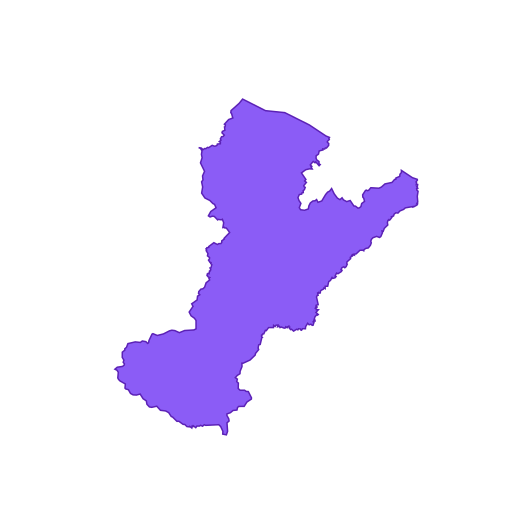 Pa Bon, Phatthalung, Thailand, rotated 333°
{"feature_id": "78962969B61161891494947", "entity_name": "Pa Bon", "entity_type": "district", "adm_level": 2, "iso_a3": "THA", "parent_name": "Thailand", "parent_adm1": "Phatthalung", "projection": "mercator", "projection_center": [100.157, 7.236], "detail": "fine", "context": "isolated", "style": "filled", "palette": "violet", "viewbox_px": 512, "rotation_deg": 333, "n_neighbors": 0, "source": "geoboundaries", "source_scale": "gbopen_adm2", "svg_char_len": 6140}
<svg xmlns="http://www.w3.org/2000/svg" viewBox="0 0 512 512"><g transform="rotate(333 256 256)"><path d="M254.1,133.4L255.4,134.9L255.6,137.8L253.5,140.7L252.6,144.0L248.8,147.8L248.6,157.2L244.7,160.4L243.3,164.1L241.2,165.2L239.8,170.3L236.1,175.3L236.8,181.1L240.1,185.6L241.4,189.7L242.5,191.2L242.3,194.9L235.9,195.8L231.8,198.6L232.8,200.4L235.2,200.7L236.8,201.8L238.2,206.4L238.9,206.2L241.5,208.0L242.7,208.0L242.3,211.7L239.4,215.6L240.7,216.0L240.7,216.6L242.3,217.7L243.2,223.1L235.5,225.8L235.4,226.5L232.4,226.9L231.6,228.4L230.3,229.0L228.6,228.1L226.8,228.2L224.5,225.0L218.2,226.1L217.8,226.9L216.0,226.3L215.3,227.2L214.7,227.0L214.6,228.5L214.0,228.7L214.3,232.0L212.8,233.8L213.9,236.3L213.2,237.5L211.8,238.1L212.1,240.7L212.9,241.4L212.2,242.1L212.7,243.6L210.5,246.1L209.6,245.8L209.5,247.6L208.6,248.5L207.8,248.2L206.2,250.5L205.5,249.7L204.2,250.0L204.1,251.0L203.5,251.2L204.0,253.2L205.0,254.2L203.9,254.6L203.8,256.3L199.4,257.2L196.0,260.5L193.8,261.1L191.8,260.5L188.9,261.7L187.8,263.2L188.3,265.0L185.7,265.2L183.6,268.4L177.0,269.4L177.0,272.3L171.0,275.6L171.0,279.8L172.9,283.5L173.3,286.2L169.5,293.7L167.1,293.7L158.6,290.0L152.9,289.5L149.8,285.6L147.3,283.9L144.9,283.4L138.2,283.4L132.0,282.0L128.9,278.4L127.9,278.4L122.3,282.7L120.9,284.5L119.8,284.7L119.0,282.3L116.1,280.1L113.7,280.5L109.4,277.7L102.1,275.9L99.1,278.6L97.0,279.1L96.4,280.3L93.2,281.0L90.8,285.6L91.0,288.8L89.4,290.4L89.8,292.3L89.1,293.3L87.0,293.8L81.9,292.1L78.9,292.8L80.3,294.7L80.5,297.1L77.5,301.9L77.5,303.6L78.1,305.6L81.5,310.7L79.3,314.2L79.5,315.2L81.6,317.2L81.8,321.5L83.4,323.9L86.3,325.6L90.1,326.4L90.6,331.9L92.5,335.3L91.5,338.6L92.5,342.1L94.4,343.5L99.4,344.8L100.8,350.1L105.1,353.0L107.1,355.9L107.6,360.5L108.6,361.7L110.5,367.4L112.2,368.2L114.6,372.9L116.1,373.8L117.0,376.6L119.1,378.0L119.6,377.7L120.7,380.1L121.9,378.6L122.3,379.3L123.0,378.7L124.4,381.6L126.1,380.7L128.5,381.9L129.8,381.7L131.1,383.4L133.3,382.9L134.2,384.0L146.2,389.4L147.1,391.9L146.9,397.2L145.5,399.6L148.4,401.9L151.1,399.3L154.4,391.5L157.1,390.8L157.8,388.7L157.7,384.8L158.4,383.5L162.1,384.0L165.4,383.2L169.1,384.6L170.8,382.6L172.3,382.2L177.2,384.6L181.6,382.0L186.9,381.4L187.6,380.3L187.6,373.3L185.7,372.1L184.9,370.4L180.9,368.4L180.0,366.0L182.6,361.2L181.8,359.2L183.5,357.2L182.3,355.0L185.1,353.9L188.3,353.6L189.5,351.5L193.3,348.2L194.8,345.1L195.9,345.7L203.5,346.0L210.3,343.9L211.3,342.6L215.9,340.6L216.1,339.0L218.0,336.4L219.6,336.7L224.1,331.4L224.7,331.4L224.4,330.2L225.1,329.0L225.9,329.2L226.5,328.5L227.6,328.9L230.6,326.5L231.3,327.2L234.7,325.5L239.1,327.7L240.2,325.8L241.1,327.5L242.5,326.7L244.3,327.6L243.1,328.9L244.9,329.2L244.9,330.7L246.2,330.7L248.4,333.1L249.8,333.5L250.4,332.6L251.4,333.9L251.6,333.4L253.3,333.4L252.9,334.1L253.7,334.7L253.0,335.5L253.4,337.3L254.4,337.4L255.4,340.0L258.9,339.7L259.8,340.8L260.8,340.1L262.6,341.3L262.3,342.2L262.9,342.8L264.5,341.9L267.0,343.3L268.1,341.5L271.5,339.4L272.1,341.4L274.0,341.7L274.6,343.3L275.4,343.6L277.5,341.5L277.0,340.6L277.8,340.2L279.1,340.8L279.5,339.8L278.8,339.2L281.0,336.9L283.4,336.0L283.9,336.6L284.9,336.4L283.8,333.5L287.1,332.2L285.3,331.2L285.7,330.5L285.1,329.4L286.2,328.8L287.0,329.4L287.3,328.9L286.6,328.1L287.2,327.2L289.3,327.6L291.3,320.0L292.7,318.9L293.5,319.2L294.1,316.9L295.2,316.8L295.3,317.7L296.5,318.1L297.6,316.4L298.8,316.1L300.7,316.2L302.0,315.3L302.8,316.5L303.9,314.4L306.1,315.5L309.2,311.8L311.2,311.6L314.0,309.7L314.2,310.8L316.5,311.3L318.0,310.7L317.4,309.8L320.0,307.8L321.0,309.0L325.0,308.6L326.2,307.8L325.5,306.8L327.3,305.4L329.3,305.5L329.8,306.8L331.5,306.4L333.6,304.7L333.4,304.0L334.3,302.6L339.1,301.3L339.4,300.0L341.3,299.8L341.3,299.1L342.5,298.5L343.1,298.6L342.7,299.5L343.7,299.2L344.1,299.8L344.4,299.0L346.2,299.6L351.2,298.1L353.6,299.2L354.4,300.3L355.1,299.4L357.3,299.1L359.7,299.8L362.8,298.4L364.7,296.6L365.0,294.9L366.5,293.5L368.6,292.8L372.4,293.3L374.5,295.6L376.1,295.3L379.1,292.8L379.7,291.0L380.5,291.8L382.9,289.6L387.5,288.2L388.2,285.9L389.7,284.2L390.8,283.9L390.9,284.6L391.8,284.6L394.7,283.2L394.6,282.5L396.7,282.8L398.1,281.4L400.2,281.0L402.0,282.2L404.7,281.2L408.7,281.5L410.9,280.9L417.4,282.9L417.5,283.4L418.5,283.2L418.7,283.8L422.5,283.7L423.6,283.0L424.0,282.2L423.4,282.1L424.7,281.2L426.8,276.0L429.8,271.9L429.2,270.2L429.7,269.2L430.5,269.2L430.1,268.6L430.9,268.4L430.8,266.8L431.4,267.2L432.5,265.7L431.4,264.9L432.3,263.8L432.2,262.7L434.3,261.6L434.5,260.9L430.9,257.2L424.4,245.7L423.5,247.6L421.4,248.5L420.2,250.3L416.1,250.0L415.4,251.1L414.2,250.7L410.6,252.2L403.6,250.3L399.1,251.5L396.3,251.4L389.3,247.3L386.2,248.6L385.0,248.4L384.1,247.3L383.1,247.4L378.8,249.9L377.9,252.0L378.2,253.5L377.5,256.6L374.0,257.2L371.9,259.6L370.1,260.0L368.6,259.7L367.3,256.8L365.9,255.8L365.1,249.3L361.5,248.7L359.4,245.7L359.1,243.2L356.4,243.9L354.8,241.4L353.9,236.1L354.0,230.2L351.1,231.6L348.8,231.6L346.0,232.8L339.6,236.8L335.6,236.3L335.6,233.2L333.7,233.6L331.7,232.8L328.5,233.4L325.9,235.3L324.0,237.8L320.0,237.3L316.7,235.0L316.5,232.6L319.9,229.5L319.5,226.2L319.9,223.0L322.5,220.9L324.8,221.6L325.7,220.6L326.9,221.0L327.7,219.2L329.2,218.9L331.0,217.2L330.3,216.1L330.5,215.0L334.3,213.3L333.4,211.2L335.2,210.5L334.2,202.6L339.5,201.7L343.2,202.6L345.6,204.0L345.5,201.5L346.4,201.4L345.7,199.5L349.9,197.7L350.9,199.7L352.0,199.2L353.2,204.2L354.7,203.7L354.0,202.5L355.0,200.4L353.8,198.0L353.9,196.1L355.1,194.0L357.9,193.6L360.0,191.1L363.8,191.9L364.1,190.9L365.8,191.9L366.8,191.2L367.8,191.8L370.9,190.5L371.9,188.7L371.2,187.2L371.6,186.3L374.2,185.5L374.3,184.3L375.3,183.7L372.8,180.8L363.0,163.4L346.7,141.3L330.4,130.8L315.3,110.1L310.4,112.3L299.8,115.1L298.6,116.9L298.9,117.9L298.0,122.5L293.6,122.0L287.7,124.2L288.3,125.2L287.1,126.8L286.5,126.7L285.4,129.8L282.6,129.7L281.6,130.8L282.6,133.9L281.0,134.6L279.5,134.1L277.4,135.5L277.4,136.9L275.2,137.4L275.9,138.5L275.2,139.8L272.4,138.7L271.5,139.7L270.0,139.7L268.8,139.3L267.2,137.5L263.0,138.0L262.1,137.2L260.0,137.6L259.0,136.9L257.1,137.2L256.3,135.0L254.1,133.4Z" fill="#8b5cf6" stroke="#5b21b6" stroke-width="1.5"/></g></svg>